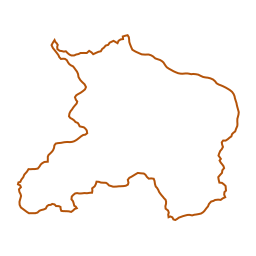 Galiléia, Minas Gerais, Brazil, rotated 179°
{"feature_id": "56859067B11890603892826", "entity_name": "Galiléia", "entity_type": "district", "adm_level": 2, "iso_a3": "BRA", "parent_name": "Brazil", "parent_adm1": "Minas Gerais", "projection": "albers", "projection_center": [-41.52, -18.889], "detail": "fine", "context": "isolated", "style": "outline", "palette": "amber", "viewbox_px": 256, "rotation_deg": 179, "n_neighbors": 0, "source": "geoboundaries", "source_scale": "gbopen_adm2", "svg_char_len": 4321}
<svg xmlns="http://www.w3.org/2000/svg" viewBox="0 0 256 256"><g transform="rotate(179 128 128)"><path d="M218.0,46.8L216.1,47.5L213.8,48.0L211.6,48.9L210.4,51.2L208.7,52.4L206.6,52.5L205.1,53.4L202.8,52.9L201.3,51.2L198.6,51.1L196.9,50.3L196.7,48.0L196.1,46.3L194.1,46.0L191.0,45.9L188.6,45.7L186.3,45.1L184.4,46.4L182.7,48.0L180.6,48.7L181.6,50.3L183.1,51.2L183.6,53.5L184.3,55.8L185.8,57.7L185.4,60.5L183.8,62.1L182.0,63.5L180.0,63.8L178.1,63.4L175.6,63.4L172.8,63.7L170.1,63.5L167.1,63.9L165.1,63.9L164.7,65.8L164.9,68.3L162.3,70.3L161.1,72.6L160.4,74.9L158.1,74.7L156.0,73.9L153.4,73.7L151.0,73.6L149.5,72.6L148.0,70.9L146.0,70.3L144.0,69.6L140.9,69.6L138.0,69.9L135.7,69.9L133.4,70.0L131.2,70.3L129.1,71.4L128.5,73.3L129.1,76.2L127.5,78.2L125.6,79.1L123.7,80.2L121.5,81.5L119.0,82.9L116.1,82.5L113.0,82.2L111.4,81.0L109.9,78.7L108.1,77.0L105.7,77.2L103.2,76.8L102.4,74.6L102.0,71.5L101.3,69.0L100.0,67.6L98.8,65.5L98.0,63.5L96.7,61.6L95.5,60.0L94.3,58.6L93.1,57.0L91.7,55.6L91.2,53.8L91.3,51.5L92.0,49.2L91.8,46.7L89.4,44.8L88.7,42.6L89.3,40.8L89.0,38.1L87.2,38.8L85.2,37.9L84.2,35.8L82.3,35.2L80.5,36.2L78.7,37.5L76.9,38.1L74.6,38.9L71.9,39.6L70.2,40.0L68.2,40.1L65.4,39.5L63.2,40.1L61.4,40.3L58.9,40.7L56.5,41.2L54.5,42.4L53.1,43.7L51.8,45.4L50.6,46.9L49.4,48.2L48.4,50.6L46.2,53.0L43.9,53.6L42.2,54.5L39.1,54.8L36.6,54.5L34.5,56.0L32.0,57.1L33.0,59.6L32.7,62.2L31.1,63.7L31.3,66.0L31.4,68.2L32.9,69.8L35.0,71.5L37.6,71.8L38.3,75.0L38.6,77.3L36.8,79.4L34.8,81.5L34.4,84.1L32.6,86.2L33.2,88.2L34.3,89.8L35.9,91.8L37.0,93.9L35.7,95.5L36.9,97.3L38.0,98.8L37.4,100.7L36.2,103.4L34.6,105.2L33.4,107.4L34.2,109.9L34.5,112.0L33.1,113.8L30.6,113.7L28.5,115.0L26.6,116.6L24.8,117.8L24.1,120.0L22.7,121.4L20.9,122.7L20.0,125.2L18.7,128.1L18.5,130.0L18.6,132.7L18.5,135.3L17.9,137.3L17.3,139.5L17.0,141.9L17.8,145.1L18.4,147.4L18.8,149.2L19.1,151.0L19.9,153.6L20.6,156.0L20.9,157.8L21.8,160.1L23.3,162.3L25.3,164.0L26.8,165.0L29.6,166.7L32.3,168.1L34.3,169.0L36.6,169.9L38.7,171.2L40.0,173.1L42.1,175.0L44.7,176.2L47.3,176.9L49.6,177.2L52.0,177.7L54.5,178.9L56.8,180.1L59.2,180.6L61.9,180.9L63.8,180.7L65.9,181.2L67.7,181.5L70.0,181.5L72.5,181.3L74.4,181.4L76.9,181.9L79.5,183.0L81.6,184.0L83.8,185.3L86.1,186.6L88.1,188.0L89.2,189.4L90.3,191.1L91.4,192.9L92.7,194.1L94.7,195.4L96.7,196.1L99.5,197.1L101.8,199.2L103.7,200.3L106.0,201.1L109.9,201.1L113.0,201.4L114.8,202.2L116.7,203.1L118.4,203.9L119.9,204.7L122.3,206.2L123.4,208.8L124.6,212.0L125.2,214.0L125.3,216.1L125.6,218.8L126.8,220.8L129.5,220.2L131.6,219.6L131.4,217.0L133.8,216.7L135.9,215.4L137.0,213.0L139.1,214.3L141.0,215.4L142.9,214.5L144.9,213.6L146.3,211.5L148.9,210.8L150.6,208.8L152.5,207.4L153.8,205.2L156.2,204.7L158.6,203.7L161.5,202.4L163.1,204.2L165.5,205.8L167.9,203.7L170.7,203.8L174.2,203.8L176.2,202.8L178.5,202.4L180.5,201.5L183.3,201.5L185.2,202.4L186.9,203.8L188.8,205.8L190.8,205.5L193.0,206.1L195.0,206.4L197.2,208.1L197.4,210.4L196.8,212.3L198.0,214.2L199.2,215.4L199.9,217.2L201.5,214.8L203.0,212.2L201.7,209.3L199.9,207.0L198.4,205.0L197.3,203.5L196.2,201.9L195.5,200.1L193.8,198.2L191.6,198.4L189.8,198.2L188.0,196.9L186.8,194.6L185.6,192.9L183.9,191.6L181.9,190.6L180.8,189.2L179.7,187.6L178.0,185.2L177.0,182.8L176.6,179.8L174.8,176.7L173.0,174.7L170.7,172.5L169.3,169.7L170.3,167.4L172.4,165.7L174.9,164.0L177.4,162.7L179.2,161.6L180.5,159.7L179.6,157.1L178.3,155.4L178.9,153.4L180.9,151.2L182.4,149.4L183.6,147.6L185.2,145.7L186.3,143.5L186.8,140.7L185.5,139.0L183.5,137.9L181.8,136.6L180.4,134.9L178.1,133.9L177.1,132.3L176.3,130.5L174.3,130.0L172.2,129.5L170.7,128.2L169.3,126.3L168.9,123.5L170.8,122.1L172.9,121.8L174.9,120.6L177.2,118.8L179.2,117.3L180.7,116.4L182.3,115.6L184.2,115.1L186.3,114.9L189.0,115.1L192.0,114.9L195.3,114.3L198.3,114.1L200.5,113.7L201.9,111.9L202.3,109.4L203.2,107.3L204.2,105.9L205.9,104.2L208.0,102.3L208.7,100.6L208.7,98.4L208.8,95.7L212.2,95.5L214.4,94.3L215.9,93.0L217.1,91.1L218.9,89.0L221.5,88.6L224.0,88.6L226.3,88.5L228.2,88.6L229.8,86.1L231.0,84.8L232.5,83.2L233.6,80.6L235.5,78.3L236.6,76.0L238.5,75.5L239.0,73.6L236.8,72.5L236.1,70.7L238.1,68.6L237.7,66.0L236.6,63.8L236.1,61.9L236.7,59.8L237.3,57.9L237.8,56.0L237.7,53.1L236.5,50.4L234.5,48.9L232.7,47.5L230.5,45.8L228.5,44.5L226.1,44.5L224.2,44.5L222.4,44.4L220.0,45.0L218.0,46.8Z" fill="none" stroke="#b45309" stroke-width="2"/></g></svg>